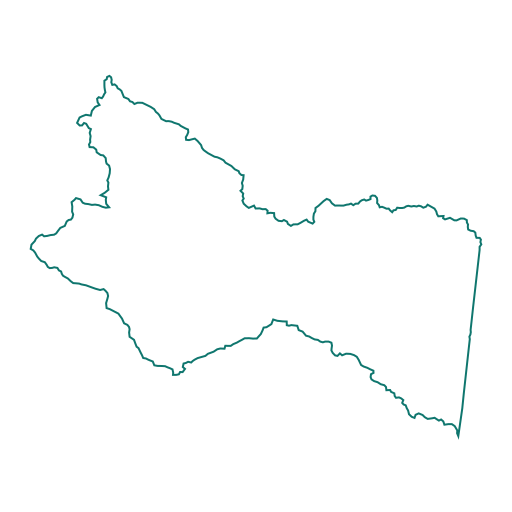 Pau D'Arco, Pará, Brazil
{"feature_id": "56859067B52334370836521", "entity_name": "Pau D'Arco", "entity_type": "district", "adm_level": 2, "iso_a3": "BRA", "parent_name": "Brazil", "parent_adm1": "Pará", "projection": "orthographic", "projection_center": [-50.157, -7.725], "detail": "fine", "context": "isolated", "style": "outline", "palette": "teal", "viewbox_px": 512, "rotation_deg": 0, "n_neighbors": 0, "source": "geoboundaries", "source_scale": "gbopen_adm2", "svg_char_len": 5598}
<svg xmlns="http://www.w3.org/2000/svg" viewBox="0 0 512 512"><path d="M30.7,248.9L33.3,250.4L35.1,252.6L37.2,256.5L38.8,258.5L41.2,261.0L44.8,262.2L46.6,264.7L47.8,266.9L49.7,268.1L52.2,267.9L54.2,267.3L57.4,267.9L58.9,270.4L61.1,271.5L61.8,273.8L63.0,275.7L64.8,276.8L67.9,278.5L70.7,281.2L73.2,283.1L76.1,283.3L79.2,283.6L81.4,284.4L86.0,285.3L90.1,286.8L92.3,287.6L95.4,288.7L100.1,290.0L103.6,289.1L105.4,290.7L107.4,293.0L108.1,296.0L107.3,299.1L106.1,303.1L106.6,308.1L109.7,309.1L118.4,313.6L120.1,316.0L122.0,318.6L124.1,323.3L127.4,324.9L129.0,326.9L129.6,329.2L129.1,332.5L129.6,336.8L134.0,339.8L135.3,343.4L136.6,346.7L138.5,348.1L139.5,350.2L140.5,352.3L142.0,355.2L143.2,358.0L146.0,358.5L148.3,359.7L150.5,360.6L152.8,361.5L154.3,365.3L157.5,365.9L161.9,366.0L165.1,366.2L167.5,367.3L169.9,368.2L172.5,369.4L173.2,372.7L173.0,374.9L176.0,374.9L178.9,374.3L180.1,372.0L182.6,372.1L185.0,368.9L182.8,367.0L183.6,363.5L185.8,363.0L188.1,361.8L191.2,362.5L192.7,361.0L194.6,359.7L197.6,358.1L201.1,357.1L205.4,355.9L207.9,353.8L209.8,353.1L213.6,351.7L217.2,349.3L220.3,348.5L224.5,348.7L225.3,345.8L230.7,345.9L233.3,344.1L236.9,342.6L239.3,341.2L241.8,339.9L244.6,338.3L249.1,338.2L253.0,338.6L256.9,338.5L258.7,336.4L260.8,334.1L262.6,330.3L263.6,327.6L266.5,327.2L269.4,325.4L271.4,324.1L272.2,322.0L273.2,319.5L277.3,320.8L282.9,321.4L286.7,321.5L286.8,325.2L289.0,325.7L291.4,325.1L297.3,325.8L298.7,330.1L302.6,331.6L304.2,333.5L306.0,335.7L309.2,336.5L311.7,338.0L314.6,339.4L317.9,339.9L320.3,341.6L322.9,342.3L325.1,341.6L328.6,341.6L331.4,342.7L332.0,345.6L331.6,348.3L331.4,350.4L332.7,352.9L335.1,355.4L337.5,355.9L339.9,353.4L342.1,355.3L346.1,353.7L350.3,353.9L354.0,355.1L356.8,356.8L358.7,359.9L361.1,365.0L363.6,366.5L367.3,367.8L370.0,369.2L373.4,370.7L373.5,372.9L371.0,374.2L370.6,377.1L371.5,379.4L374.1,381.1L377.6,382.2L380.7,384.2L384.3,385.2L386.0,387.0L386.4,390.2L390.1,390.0L391.1,391.9L394.3,393.3L394.7,396.0L396.0,397.8L399.0,397.4L401.2,398.4L403.3,400.1L402.2,402.9L403.6,404.5L405.7,405.3L406.8,408.3L408.1,410.5L409.0,414.2L411.7,416.8L414.5,417.9L415.6,414.8L418.7,413.4L422.6,415.0L424.8,417.2L427.7,418.9L432.1,418.3L434.6,417.8L436.7,419.2L438.9,420.6L441.1,419.5L443.3,421.4L444.4,424.7L448.5,424.1L451.8,424.1L454.7,426.1L457.3,430.5L457.1,433.2L458.3,436.1L462.3,408.2L462.6,405.1L463.8,393.3L469.0,346.1L469.8,339.1L469.4,336.7L470.4,334.5L470.8,332.2L470.6,329.9L471.5,321.8L473.0,308.1L479.6,250.0L479.6,246.8L481.3,244.4L480.4,242.1L480.9,239.6L479.7,237.9L476.5,237.8L475.7,235.6L475.3,232.6L473.7,231.2L470.6,230.7L468.2,229.5L467.8,226.9L468.0,224.5L466.9,222.5L466.8,220.1L464.0,218.6L460.8,218.5L456.5,220.4L454.3,220.3L450.0,217.8L445.0,219.4L443.1,218.2L443.5,216.0L438.3,216.3L437.0,214.2L436.3,211.5L434.5,208.6L427.6,204.7L426.0,206.7L423.3,207.7L421.1,206.3L418.8,205.7L416.7,206.5L413.9,206.0L411.3,206.5L408.3,205.8L406.3,206.3L404.3,207.6L402.2,208.0L399.6,208.0L397.2,207.7L395.7,210.0L393.5,210.3L392.2,212.2L390.1,210.4L388.7,208.6L386.5,208.7L384.1,207.6L382.0,206.8L379.7,207.3L379.0,205.2L377.1,203.0L377.3,200.3L376.9,197.9L375.0,195.8L372.4,195.5L370.5,196.6L370.5,199.1L368.3,200.0L366.0,200.6L364.2,199.5L361.7,200.3L359.9,201.6L358.3,203.6L355.5,203.7L353.3,205.2L351.0,203.6L348.9,204.4L346.6,204.7L343.5,205.6L341.3,205.6L338.5,205.5L335.0,205.6L331.9,203.3L329.7,200.1L326.7,198.9L323.6,201.1L318.5,205.8L315.5,208.0L315.4,211.2L313.9,213.6L313.4,216.9L313.4,219.6L314.3,221.8L312.6,223.6L308.2,221.7L306.6,219.6L304.1,220.7L300.4,222.9L297.7,224.3L293.4,224.4L290.9,225.9L287.9,223.9L287.1,221.7L283.9,220.0L281.9,221.2L278.5,220.8L275.6,218.7L274.3,216.6L274.1,213.1L270.2,212.8L267.4,213.3L267.6,210.7L265.7,209.1L262.5,209.2L259.7,208.4L255.6,208.5L254.0,205.6L248.8,207.9L246.5,206.3L243.7,203.7L242.4,200.5L243.7,198.6L242.7,196.2L243.2,193.5L240.5,190.8L242.3,189.1L242.7,185.8L241.9,183.0L243.2,179.5L243.6,175.2L241.4,175.0L239.4,173.2L238.7,171.2L234.8,169.3L231.4,166.0L225.5,162.7L223.6,160.3L220.4,158.6L217.4,157.3L214.5,156.7L208.0,153.2L205.2,151.2L203.6,150.0L202.0,147.9L201.1,145.1L197.6,141.0L194.8,138.6L192.4,139.2L189.0,140.1L186.1,139.8L185.8,137.2L187.2,134.9L188.3,132.1L188.0,129.5L185.4,128.4L180.7,125.9L178.9,124.3L174.1,122.8L171.7,121.7L168.7,121.1L166.1,121.2L163.6,120.0L161.4,118.9L159.4,115.3L158.0,113.6L155.9,111.9L154.2,109.2L150.7,106.9L142.3,102.8L137.6,102.7L134.4,104.0L132.4,102.0L130.0,101.3L128.4,99.0L123.9,97.1L121.4,90.9L119.7,89.4L117.7,88.3L116.7,86.1L114.6,84.4L112.3,84.9L111.3,82.2L111.7,79.9L111.1,77.3L109.4,75.9L107.1,77.0L106.7,79.2L104.4,80.7L104.4,85.0L104.5,87.4L104.9,90.1L105.4,92.4L104.1,94.3L103.1,96.5L101.8,98.2L98.7,97.2L97.1,98.8L97.7,102.4L99.5,105.0L95.0,107.0L91.9,110.9L90.8,115.6L85.9,114.8L82.0,116.3L79.6,117.5L77.1,122.9L79.7,125.5L82.1,125.4L84.0,123.0L86.2,123.8L88.8,128.1L90.9,129.1L89.7,132.9L90.6,136.1L90.1,139.7L90.3,142.1L89.0,144.5L89.6,147.1L93.4,147.3L96.2,149.6L96.7,152.3L100.6,155.0L103.3,155.4L105.7,158.1L106.0,161.4L106.6,163.6L109.1,165.6L110.0,169.1L109.7,173.3L108.6,177.5L107.3,180.4L108.4,182.6L108.0,186.4L108.4,189.8L104.7,192.8L100.7,195.2L106.2,197.3L105.8,199.8L106.2,203.8L109.1,207.3L105.8,207.7L102.3,206.8L98.8,205.2L95.1,204.6L91.9,204.9L88.5,204.1L85.0,203.7L82.7,202.7L80.5,199.4L76.0,198.1L74.5,199.8L71.6,202.2L72.3,206.5L72.1,211.7L73.2,214.4L72.4,217.7L70.9,219.6L68.6,220.0L66.7,221.5L64.8,225.9L60.3,227.9L58.0,230.9L56.2,233.4L54.1,234.7L50.4,235.1L47.3,235.9L44.1,236.3L42.1,234.6L38.8,236.0L36.0,238.6L34.8,241.1L31.5,244.6L30.7,248.9Z" fill="none" stroke="#0f766e" stroke-width="2"/></svg>